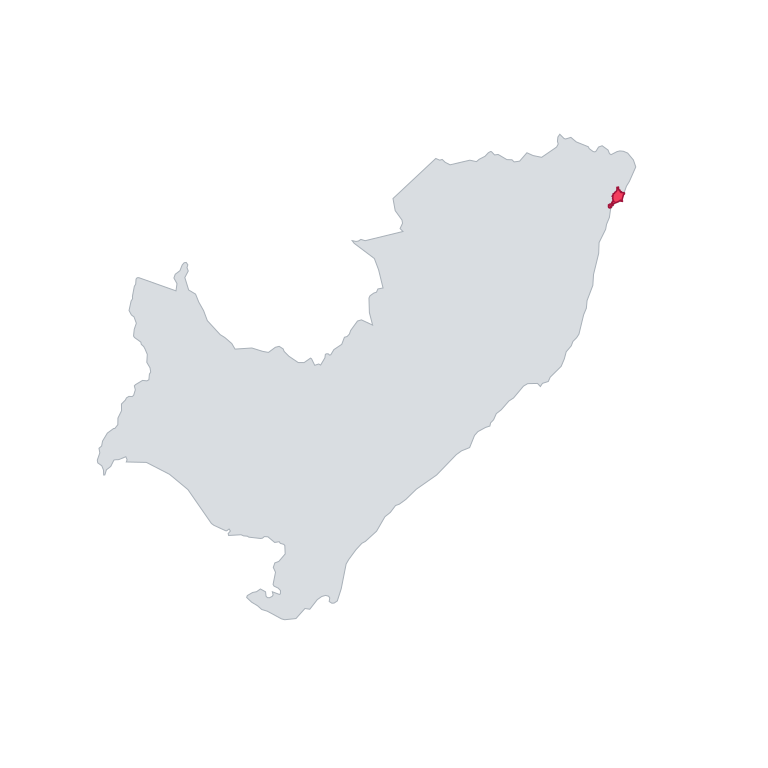 location of Ilo, Moquegua, Peru, rotated 256°
{"feature_id": "86281439B75431659471329", "entity_name": "Ilo", "entity_type": "district", "adm_level": 2, "iso_a3": "PER", "parent_name": "Peru", "parent_adm1": "Moquegua", "projection": "orthographic", "projection_center": [-71.301, -17.537], "detail": "fine", "context": "in_parent", "style": "filled", "palette": "rose", "viewbox_px": 768, "rotation_deg": 256, "n_neighbors": 0, "source": "geoboundaries", "source_scale": "gbopen_adm2", "svg_char_len": 6941}
<svg xmlns="http://www.w3.org/2000/svg" viewBox="0 0 768 768"><g transform="rotate(256 384 384)"><path d="M550.0,219.4L549.8,221.5L547.1,222.5L544.6,221.0L541.0,221.4L535.5,216.5L522.5,217.2L516.8,222.9L508.2,224.1L498.8,226.7L488.2,227.9L471.5,237.0L467.7,240.7L460.1,246.1L453.9,247.9L450.9,264.5L445.0,274.2L442.6,279.5L445.9,287.5L445.9,291.4L442.5,294.6L439.7,295.0L434.0,298.4L425.6,305.9L424.1,311.6L426.9,319.0L425.9,319.8L418.9,321.3L419.2,325.5L417.7,327.1L423.7,333.0L427.0,334.3L427.2,335.8L426.6,337.4L425.3,338.0L425.2,339.4L429.5,343.7L432.7,352.6L438.9,356.9L439.0,359.7L440.8,362.5L444.0,364.6L451.5,373.5L451.7,377.6L443.9,387.2L456.8,387.1L471.0,390.2L473.0,391.8L474.7,396.1L474.9,398.9L477.7,401.1L477.4,406.3L496.1,406.4L508.1,405.0L527.7,389.1L530.8,387.8L529.1,391.3L528.9,393.8L529.9,396.5L527.6,400.4L527.4,439.3L530.9,437.2L535.5,440.9L538.8,441.1L549.5,436.8L561.8,437.6L590.3,488.8L587.7,492.2L587.8,494.8L584.3,497.0L580.7,501.1L580.4,521.4L577.4,527.5L579.0,530.7L580.5,537.1L583.1,541.1L583.8,543.6L583.4,544.5L579.5,546.7L579.1,550.3L572.0,557.5L570.6,562.4L568.0,564.0L567.4,569.5L573.8,578.6L569.6,583.9L565.8,591.8L572.1,608.7L574.7,611.1L577.5,611.0L581.6,612.5L583.8,615.0L578.6,618.1L577.8,619.5L578.1,625.0L572.4,629.1L564.8,639.6L562.7,640.1L558.9,643.2L558.2,644.8L558.8,646.3L562.0,649.5L562.4,653.3L556.8,658.0L553.0,658.5L551.6,659.8L553.1,666.3L553.1,669.2L551.9,672.6L549.1,676.3L541.0,680.2L533.7,680.8L521.2,671.1L517.3,667.1L504.9,658.9L502.9,650.3L498.8,646.1L491.1,643.0L485.0,638.5L480.5,636.5L469.2,626.9L458.8,623.9L439.6,613.8L429.2,610.5L415.8,601.2L408.6,598.7L402.8,594.4L385.2,585.2L382.4,582.2L379.6,577.6L375.7,574.9L371.2,568.6L364.7,565.0L358.3,560.2L350.4,546.9L346.7,544.0L346.3,537.9L343.7,535.1L347.4,533.1L349.6,523.5L348.2,518.8L339.1,506.3L337.3,501.1L330.6,491.5L328.1,485.8L322.8,481.7L320.5,478.0L317.6,476.6L317.3,472.1L315.1,463.6L312.2,459.4L301.6,451.7L300.4,443.1L298.0,437.1L283.0,413.1L274.1,389.9L266.7,377.2L263.7,369.8L263.3,365.8L257.9,359.1L255.0,352.8L243.0,341.2L235.8,327.9L234.8,324.0L230.0,316.7L222.3,307.4L218.5,303.7L195.6,292.9L184.8,286.2L183.5,282.6L183.9,280.4L186.2,278.2L189.5,279.6L191.5,278.9L193.0,276.2L192.9,272.2L190.9,267.1L183.4,257.5L185.3,253.0L177.7,241.8L179.3,230.6L180.9,227.7L191.8,215.8L194.8,210.8L199.5,207.6L204.3,202.8L210.1,199.1L211.8,200.2L213.5,206.1L213.3,210.1L215.0,214.5L211.0,218.8L206.6,218.2L204.9,219.2L204.3,221.2L205.0,224.2L206.2,225.4L209.4,225.4L205.1,231.6L205.5,232.7L208.6,233.6L211.5,232.0L214.5,228.4L216.4,227.9L227.6,233.2L232.8,232.2L236.8,234.8L237.3,239.0L243.0,247.0L251.3,248.7L252.7,247.9L254.5,244.8L256.3,244.2L256.7,239.6L263.8,234.4L264.9,231.0L263.8,228.7L264.0,226.8L268.1,215.8L269.4,214.6L270.6,211.0L272.3,208.9L274.6,196.6L276.6,196.6L278.5,199.4L280.8,198.6L279.6,195.9L279.9,194.9L287.9,184.9L290.4,182.8L329.0,168.2L348.3,154.0L365.4,134.5L370.7,115.1L372.6,116.4L375.9,115.9L374.8,108.2L375.6,104.5L375.4,103.4L370.1,98.9L367.9,93.9L363.3,91.1L363.5,90.0L368.4,91.0L372.9,90.4L376.7,87.2L379.5,87.4L385.9,91.6L390.6,91.9L392.1,95.0L396.7,97.1L403.3,103.7L406.2,110.8L406.0,112.1L408.9,115.9L415.3,117.6L421.6,122.9L428.1,124.4L431.0,129.2L432.8,130.7L433.7,133.5L432.7,136.7L433.7,138.4L438.5,141.3L442.6,141.3L443.5,142.7L445.9,150.6L444.4,154.7L445.0,156.9L450.4,158.8L452.0,160.5L456.3,160.9L462.4,159.1L470.0,161.5L475.8,160.6L478.5,159.9L481.2,158.1L483.5,158.2L489.5,153.1L491.2,152.6L497.5,154.9L502.9,158.4L509.5,157.7L512.2,155.6L517.0,154.4L525.7,158.7L527.6,160.7L529.9,161.1L539.2,165.4L540.9,167.2L545.8,168.8L546.8,170.2L546.5,171.8L524.7,204.7L531.4,207.4L537.7,205.8L541.0,208.0L543.3,213.4L548.3,217.0L550.0,219.4Z" fill="#d9dde1" stroke="#a8b0b8" stroke-width="1"/><path d="M518.4,657.7L518.1,657.8L517.9,657.8L517.7,657.7L517.6,657.4L517.2,657.3L516.9,657.2L515.7,656.9L515.5,656.7L515.0,656.2L514.9,656.2L514.5,655.7L514.4,654.9L514.3,654.7L513.9,654.2L513.4,653.9L513.2,653.7L513.2,653.2L513.2,652.5L513.0,652.3L512.9,652.3L512.7,652.3L512.5,652.2L512.3,652.1L511.9,652.1L511.8,651.9L511.6,651.8L511.6,651.6L511.4,651.6L511.3,651.4L511.2,651.1L511.1,650.9L510.9,650.8L510.6,651.3L510.4,651.4L510.1,651.3L509.9,651.2L509.7,651.2L509.3,651.1L509.2,651.1L508.9,650.8L508.7,650.7L508.2,650.7L507.9,650.9L507.4,650.9L507.2,650.7L506.9,650.5L506.7,650.5L506.3,650.9L506.1,651.0L505.9,651.1L505.7,651.2L505.7,650.8L505.7,650.6L505.6,650.2L505.3,649.8L505.3,649.7L505.1,649.6L505.2,649.4L505.4,649.4L505.3,649.2L505.2,649.1L504.9,649.2L504.8,649.3L504.7,649.3L504.7,649.2L504.6,648.8L504.3,648.6L504.0,648.4L503.7,648.0L503.7,647.8L503.7,647.5L503.7,647.4L503.8,647.2L504.0,646.9L503.9,646.7L503.7,646.7L503.3,646.7L503.1,646.5L503.1,646.4L503.0,645.9L502.9,645.7L503.0,645.6L503.2,645.4L503.3,645.3L503.4,645.2L502.9,645.0L502.1,645.0L501.9,645.0L501.8,644.9L501.7,644.7L501.4,644.7L501.1,644.7L500.8,644.8L500.7,644.9L500.7,645.0L500.4,645.3L500.3,645.5L500.2,645.7L500.1,645.8L500.3,645.9L500.4,646.0L500.5,646.1L500.6,646.3L500.7,646.5L500.5,646.8L500.5,647.0L500.7,646.9L500.8,646.9L500.8,647.1L501.0,647.1L501.1,647.3L501.3,647.4L501.5,647.3L501.6,647.5L501.8,647.6L501.9,647.9L501.9,648.1L501.9,648.3L501.9,648.5L502.1,648.4L502.2,648.5L502.3,648.6L502.3,648.8L502.5,648.8L502.7,649.0L502.8,649.0L502.7,649.1L502.8,649.1L503.0,649.2L503.1,649.3L503.2,649.5L503.3,649.5L503.2,649.6L503.3,649.6L503.4,649.9L503.3,650.0L503.5,650.2L503.4,650.4L503.4,650.5L503.5,650.9L503.5,651.1L503.6,651.3L503.7,651.5L503.8,651.8L503.8,652.0L504.0,652.2L504.0,652.3L504.1,652.5L504.0,652.8L504.1,653.0L504.0,653.3L503.9,653.6L504.0,653.7L504.0,653.8L504.1,654.0L504.1,654.3L504.1,654.5L504.2,654.9L504.3,655.1L504.3,655.3L504.3,655.5L504.2,655.8L504.4,656.0L504.6,656.4L504.7,656.6L504.7,656.8L504.7,657.0L504.7,657.3L504.8,657.4L504.7,657.4L504.7,657.5L504.5,657.8L504.4,657.9L504.4,658.0L504.2,658.1L504.3,658.3L504.2,658.3L504.2,658.5L503.9,658.7L503.9,658.8L503.8,659.0L503.8,659.3L503.7,659.4L503.6,659.5L503.8,659.7L504.0,659.6L504.0,659.3L504.1,659.2L504.3,659.2L504.5,659.3L505.1,659.6L505.5,659.8L506.5,660.3L506.8,660.5L507.0,660.6L507.9,661.1L508.2,661.3L509.0,661.7L509.5,662.0L509.9,662.3L510.0,662.5L509.9,662.5L510.0,662.6L510.0,662.8L510.2,663.1L510.3,663.1L510.4,663.3L510.5,663.3L510.8,663.4L511.1,663.5L511.2,663.4L511.5,663.2L511.7,662.9L511.7,662.7L511.7,662.3L511.7,662.2L511.8,662.1L511.9,661.9L512.0,661.9L512.1,661.6L512.3,661.3L512.3,661.2L512.3,660.8L512.4,660.6L512.5,660.6L512.9,660.7L512.8,660.1L513.0,660.0L513.2,659.9L513.3,660.0L513.6,660.1L513.9,659.8L514.0,659.8L514.1,659.7L514.4,659.8L514.7,659.6L514.9,659.8L515.0,659.8L515.1,659.6L515.3,659.3L515.3,659.2L515.4,658.9L515.7,658.8L515.8,658.8L516.0,658.9L516.0,659.0L516.3,658.9L516.6,658.7L516.9,658.7L517.0,658.7L517.1,658.8L517.5,659.0L518.1,659.1L518.3,659.1L518.3,658.9L518.4,658.5L518.3,658.4L518.4,658.2L518.4,657.7Z" fill="#f43f5e" stroke="#9f1239" stroke-width="1.5"/></g></svg>